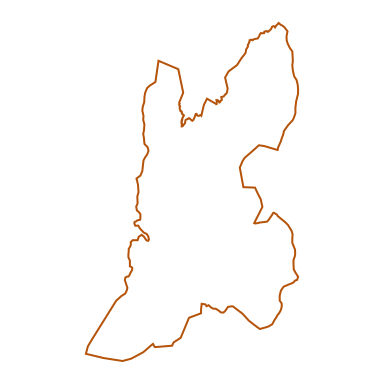 outline of Rafi, Niger, Nigeria
{"feature_id": "59680162B49809531314946", "entity_name": "Rafi", "entity_type": "district", "adm_level": 2, "iso_a3": "NGA", "parent_name": "Nigeria", "parent_adm1": "Niger", "projection": "equal_earth", "projection_center": [6.279, 10.195], "detail": "fine", "context": "isolated", "style": "outline", "palette": "amber", "viewbox_px": 384, "rotation_deg": 0, "n_neighbors": 0, "source": "geoboundaries", "source_scale": "gbopen_adm2", "svg_char_len": 5720}
<svg xmlns="http://www.w3.org/2000/svg" viewBox="0 0 384 384"><path d="M158.5,60.8L155.4,82.0L149.8,85.6L147.1,88.1L145.2,92.7L144.5,96.5L144.3,100.1L144.3,100.8L144.3,101.2L144.2,101.4L144.2,102.3L143.9,103.2L143.9,103.4L143.7,103.7L143.4,104.7L142.8,106.5L142.7,107.7L142.6,108.1L142.5,108.8L142.5,109.2L142.5,109.3L142.3,110.7L142.8,112.6L142.8,112.9L143.1,114.1L143.2,114.6L143.5,115.9L143.2,119.8L144.4,124.3L144.0,130.1L143.2,134.0L143.9,137.8L144.0,138.6L144.0,139.0L144.2,141.3L144.3,142.1L144.5,144.0L147.6,147.2L148.5,150.8L147.1,154.6L145.4,156.9L143.5,160.4L142.3,171.1L140.4,175.6L138.2,177.2L136.5,178.5L138.0,184.7L138.5,192.1L137.3,196.6L137.6,203.4L136.2,206.6L136.9,210.5L138.7,211.9L140.3,214.0L140.5,216.2L140.3,217.2L140.4,219.1L139.9,219.9L138.4,220.1L137.0,220.6L136.0,221.4L134.6,222.0L134.3,223.1L135.2,225.7L138.3,225.7L140.0,228.6L143.8,232.6L146.6,233.9L148.3,236.4L148.9,239.6L148.1,240.9L146.4,240.3L143.9,236.6L141.6,234.8L138.7,236.8L137.6,240.2L132.6,240.2L130.7,242.2L130.9,244.5L130.2,246.5L128.7,248.9L128.7,251.9L128.4,254.3L128.4,257.3L129.9,260.6L129.9,266.4L130.9,266.7L132.2,267.7L132.2,269.7L131.2,271.7L129.9,273.8L129.4,275.4L128.4,276.5L127.2,276.5L125.4,277.5L124.9,280.2L127.4,287.9L126.7,290.6L125.2,293.6L121.4,296.0L116.2,300.7L92.7,338.3L87.9,346.3L85.9,353.8L103.4,358.0L122.6,361.0L131.1,358.7L143.3,352.2L151.8,344.8L153.0,343.9L154.4,346.5L154.6,346.8L155.1,347.1L172.1,345.7L173.6,342.4L180.7,337.8L189.0,317.8L201.0,313.3L201.1,308.7L201.7,303.8L205.4,304.4L206.5,306.2L208.6,305.2L211.1,307.5L213.1,308.6L215.9,308.8L219.1,310.9L220.8,312.4L223.4,312.6L225.0,311.2L227.9,307.0L230.8,306.4L233.0,306.4L237.5,309.9L242.3,313.5L245.9,317.4L248.8,320.6L254.1,324.8L259.8,329.0L265.6,327.4L268.7,326.4L272.3,324.2L274.5,320.0L276.1,317.7L277.3,315.4L279.3,312.9L280.9,309.9L281.7,306.7L281.7,303.5L279.7,300.6L279.7,295.7L280.9,290.6L283.6,286.7L288.9,284.4L291.4,283.5L293.5,282.5L295.0,280.6L297.1,279.9L298.1,276.7L296.2,273.8L293.8,269.6L293.5,264.7L293.5,259.9L294.7,256.7L295.2,254.1L295.0,249.6L292.3,242.8L292.3,238.9L292.6,234.4L291.6,230.8L291.1,230.1L291.0,229.9L290.9,229.6L290.5,229.0L289.9,228.1L288.0,225.0L285.4,222.4L277.7,216.0L277.0,214.7L273.8,212.7L273.0,213.1L272.9,213.3L272.8,213.6L272.7,213.8L272.5,214.1L272.3,214.4L272.0,215.0L270.6,217.0L268.8,219.6L268.4,220.2L268.2,220.5L267.8,220.9L267.5,221.2L267.3,221.3L267.1,221.5L266.8,221.6L266.5,221.7L265.9,221.8L265.7,221.8L265.1,221.9L264.8,222.0L263.5,222.1L261.8,222.3L259.2,222.6L258.8,222.9L258.2,222.9L257.1,223.2L255.5,223.4L255.0,223.5L254.6,223.3L254.2,223.1L262.4,206.9L260.7,199.2L257.8,193.6L255.0,187.6L243.4,187.2L239.8,167.6L242.7,160.8L244.7,157.8L251.3,152.1L258.9,145.3L264.1,146.0L277.6,150.0L278.1,147.5L280.8,141.4L282.0,137.5L283.2,134.6L283.9,131.1L288.0,125.3L292.8,120.1L294.2,116.9L295.4,113.3L295.4,107.8L296.2,101.2L298.0,94.0L298.1,89.3L297.7,84.6L296.5,79.9L294.4,76.8L293.5,73.6L292.8,70.1L292.3,65.2L292.8,61.7L292.7,58.1L292.3,51.4L289.9,48.1L287.7,43.6L286.7,40.3L286.5,36.5L287.5,31.3L284.4,27.2L282.2,25.5L280.8,24.9L278.6,23.0L277.5,24.3L276.2,25.6L275.1,27.4L274.4,26.4L273.4,26.1L272.0,26.9L271.0,29.2L269.4,30.6L268.3,31.7L267.5,31.8L267.0,31.1L265.4,31.3L264.3,31.7L264.3,32.6L264.1,33.1L262.9,33.1L261.9,33.4L261.0,33.0L260.3,33.7L259.7,34.6L259.2,36.2L258.4,37.5L257.7,38.5L255.8,38.8L254.4,39.1L254.1,39.2L253.5,39.4L253.4,39.4L252.9,40.1L252.3,40.3L251.1,39.6L249.8,40.3L249.6,40.3L249.5,41.6L249.0,42.4L248.9,43.0L248.5,43.7L248.2,44.6L247.8,44.9L247.9,46.7L247.8,46.9L247.4,47.4L247.2,47.7L247.0,48.1L246.8,48.5L246.3,49.1L246.1,49.7L246.0,50.2L245.9,50.8L245.7,52.3L245.3,53.3L241.4,58.3L237.1,65.0L228.6,71.4L225.1,77.5L227.3,87.1L227.7,88.2L227.4,89.4L227.3,90.9L227.0,92.2L226.7,93.0L226.5,93.4L226.2,93.8L225.6,94.0L223.7,96.4L223.5,96.6L223.3,96.6L221.6,96.9L221.2,97.1L221.3,97.6L221.4,97.9L221.7,98.6L221.9,99.4L221.8,99.8L221.7,100.1L221.4,100.3L221.0,100.5L220.7,100.7L220.3,101.6L219.7,102.4L219.4,102.5L219.3,102.3L219.1,102.0L218.9,101.7L218.5,100.8L218.0,100.4L217.4,100.1L217.2,100.0L216.8,100.1L216.4,100.2L216.6,100.6L216.8,100.9L216.8,101.6L216.8,102.3L216.7,103.0L216.7,103.3L216.7,103.9L216.6,104.1L216.3,104.2L216.2,104.0L207.0,98.7L203.9,104.9L201.3,115.8L200.8,115.4L200.2,115.1L199.1,115.8L198.5,115.9L197.8,115.7L197.2,115.4L196.5,113.9L196.1,113.9L195.7,114.0L194.8,116.8L194.1,118.2L193.5,119.8L192.8,120.5L192.5,120.8L192.1,120.7L191.7,120.4L191.1,119.8L190.4,119.3L189.7,118.4L189.1,118.2L188.5,118.3L188.1,118.9L186.8,119.4L186.0,119.6L185.5,120.2L185.2,121.7L185.2,122.0L184.9,123.4L184.1,124.3L183.5,124.9L182.8,126.1L182.4,126.3L181.7,126.4L181.7,125.8L181.8,125.0L182.0,123.7L181.9,123.6L181.7,123.4L181.5,123.2L181.8,122.7L181.8,122.1L181.6,121.9L181.7,121.6L181.7,121.4L181.5,121.2L181.8,120.8L181.8,120.5L181.8,120.4L182.1,120.3L182.2,119.9L182.1,119.6L182.0,119.4L182.0,119.2L182.3,119.1L182.4,118.9L182.4,118.7L182.6,117.9L182.7,117.4L182.8,117.2L183.2,116.8L183.4,116.2L183.5,115.9L183.8,115.8L183.9,115.7L183.9,115.4L183.7,115.3L183.6,115.2L183.4,114.8L183.3,114.6L183.1,114.5L182.8,114.4L182.6,114.4L182.4,114.3L182.3,114.2L182.2,113.8L181.9,113.3L181.7,112.7L181.8,112.4L181.9,112.2L181.6,111.5L181.4,111.4L181.0,111.3L180.6,111.1L180.7,110.8L180.7,110.6L180.3,110.1L180.2,110.2L180.0,109.7L179.9,109.3L179.9,109.2L179.7,108.5L179.6,108.2L179.6,107.9L179.8,107.6L179.9,107.0L180.0,106.7L180.1,106.4L180.0,106.2L179.8,106.0L179.6,106.0L179.4,105.8L179.5,105.6L179.5,105.4L179.4,105.2L179.3,104.9L179.2,104.7L179.4,104.3L179.5,104.1L179.6,103.9L179.4,103.8L179.3,103.7L179.2,103.5L179.2,103.4L179.3,103.0L179.2,102.6L183.2,92.7L178.3,69.2L158.5,60.8Z" fill="none" stroke="#b45309" stroke-width="2"/></svg>